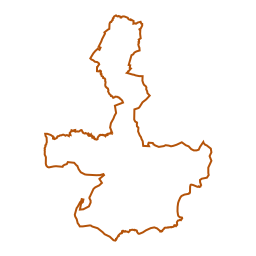 Maru, Zamfara, Nigeria (orthographic projection)
{"feature_id": "59680162B25309364748934", "entity_name": "Maru", "entity_type": "district", "adm_level": 2, "iso_a3": "NGA", "parent_name": "Nigeria", "parent_adm1": "Zamfara", "projection": "orthographic", "projection_center": [6.251, 11.686], "detail": "fine", "context": "isolated", "style": "outline", "palette": "amber", "viewbox_px": 256, "rotation_deg": 0, "n_neighbors": 0, "source": "geoboundaries", "source_scale": "gbopen_adm2", "svg_char_len": 5780}
<svg xmlns="http://www.w3.org/2000/svg" viewBox="0 0 256 256"><path d="M116.0,15.4L114.1,16.5L113.5,17.6L113.5,18.1L113.0,18.3L113.1,18.6L112.6,19.3L112.7,19.9L112.3,20.0L112.1,20.6L111.2,21.7L111.4,21.7L111.3,21.9L110.8,21.8L110.0,22.5L109.5,24.0L109.3,28.9L107.8,29.7L104.4,32.4L105.0,33.6L102.1,39.1L101.3,41.4L98.6,46.8L100.5,47.6L99.5,49.8L97.7,48.8L95.2,51.1L93.3,53.4L90.3,58.4L91.4,59.5L93.3,60.3L94.8,61.7L97.3,62.1L98.9,63.4L99.2,64.5L98.2,65.5L97.8,66.4L97.4,67.0L97.1,67.0L97.0,67.6L97.0,71.2L98.7,71.4L100.0,70.5L100.8,71.0L101.0,71.6L100.6,72.4L101.4,73.8L100.8,74.1L101.4,74.9L101.6,76.0L103.0,76.7L103.2,78.1L104.5,78.3L105.2,79.2L105.2,81.3L105.6,82.0L105.2,85.0L105.5,86.4L105.7,86.8L106.3,87.1L106.6,87.7L107.9,88.5L108.4,90.3L108.1,91.4L109.5,94.2L110.6,94.9L110.9,96.0L112.3,96.3L113.2,97.8L114.7,97.2L115.3,96.6L117.8,96.9L118.4,97.6L119.4,97.7L120.1,98.8L121.1,99.4L122.2,100.6L123.0,102.6L114.9,105.7L116.1,113.0L114.5,115.8L113.5,118.5L110.9,123.2L110.1,127.5L112.1,132.7L111.5,132.8L111.6,133.5L110.9,133.2L110.6,132.7L109.9,133.7L108.1,133.7L107.7,134.4L107.6,135.1L107.1,135.2L106.7,134.4L106.5,134.5L105.8,135.0L105.4,136.1L104.6,135.3L104.2,135.5L103.7,135.0L102.8,135.1L102.6,134.8L101.1,135.0L100.2,134.8L99.5,135.2L99.5,135.7L98.4,136.4L97.6,138.0L97.6,139.1L96.7,139.6L94.9,139.2L95.0,138.8L94.1,138.5L93.9,138.2L93.8,137.7L94.1,137.4L93.9,137.0L93.5,137.2L93.6,136.9L93.2,136.6L92.8,136.7L92.8,137.1L92.3,137.2L92.4,136.8L91.8,136.2L91.5,135.9L91.7,135.6L91.2,135.5L91.2,135.1L90.8,134.9L90.8,134.7L90.6,134.9L90.4,134.5L90.1,134.6L89.9,134.9L90.3,135.4L90.1,135.9L88.7,135.8L88.3,135.4L88.6,134.9L88.4,134.7L88.6,134.6L88.7,133.8L88.3,133.4L87.5,133.9L85.6,133.1L85.4,133.4L84.4,133.5L83.3,132.9L83.1,132.5L82.8,132.5L81.6,130.1L80.7,130.2L79.3,131.3L78.1,131.6L77.0,131.3L75.8,131.6L74.9,131.0L75.1,130.0L74.4,130.1L74.4,131.1L73.6,130.6L72.9,131.1L72.3,130.5L71.5,130.2L71.2,131.3L69.7,133.1L70.3,134.2L70.5,135.0L69.5,134.7L68.8,135.6L68.8,136.0L67.1,135.1L66.3,135.1L65.5,135.7L63.6,134.7L62.4,134.8L61.5,135.3L60.1,135.3L59.7,135.7L58.4,136.3L57.9,136.2L57.3,136.6L56.9,137.9L54.6,139.1L53.0,138.6L53.0,138.2L53.8,137.5L53.7,137.2L53.3,137.1L53.0,136.9L52.9,136.3L52.3,136.1L50.8,135.0L47.3,133.8L45.2,133.8L45.6,136.0L46.6,137.5L46.8,142.2L46.3,143.5L46.2,144.6L45.3,145.3L45.5,146.6L44.8,147.6L44.9,148.0L44.6,148.6L44.9,149.5L44.6,150.3L44.8,151.2L44.7,154.5L45.9,157.2L45.8,163.7L46.3,165.6L47.6,167.0L48.9,167.4L53.8,166.4L56.0,166.2L62.6,166.8L63.1,165.7L64.5,164.8L66.8,164.1L67.8,162.1L74.2,162.8L76.7,165.6L77.3,165.8L78.7,169.3L80.8,172.3L84.9,174.4L86.8,174.7L96.3,175.2L99.9,175.1L103.4,174.1L104.0,175.1L99.4,178.9L101.9,182.9L99.2,185.4L95.3,187.3L93.5,188.9L89.9,196.7L89.5,197.2L89.4,198.2L90.6,200.6L90.6,202.6L88.9,206.4L83.3,209.3L79.9,209.6L81.1,203.5L82.8,202.2L83.4,199.5L81.7,199.1L81.2,201.0L80.1,202.2L77.7,206.7L76.6,208.2L74.8,214.7L75.2,216.5L76.7,219.2L77.7,223.2L78.8,224.6L79.8,226.4L82.8,226.4L89.9,225.4L91.0,225.6L92.2,226.5L97.6,228.2L102.7,232.2L104.6,234.2L109.8,236.7L113.5,240.2L115.3,240.6L115.9,240.1L116.0,238.9L116.6,238.8L116.7,238.2L117.5,237.2L118.0,236.1L118.8,235.9L118.7,235.1L120.6,233.3L121.7,233.3L122.0,233.1L122.3,232.2L122.8,231.9L122.6,231.4L122.0,231.6L122.0,231.2L123.0,230.7L123.9,231.1L124.5,231.7L124.9,231.7L125.4,231.2L125.8,231.5L126.8,231.5L128.5,232.2L129.6,231.1L130.0,230.1L130.6,230.2L131.2,229.9L132.6,229.7L133.2,230.0L134.5,229.8L135.0,230.4L135.6,230.1L136.8,230.6L137.2,232.2L137.9,233.0L138.1,233.4L138.8,233.8L139.6,233.7L142.8,232.4L146.0,230.3L150.8,228.1L154.3,227.4L157.1,228.4L160.2,231.1L160.2,231.5L161.0,231.6L161.2,231.0L162.1,231.2L162.3,231.0L162.6,230.1L164.3,228.5L164.5,227.9L165.0,227.7L168.0,227.6L168.2,227.3L168.7,227.4L171.1,227.0L171.3,227.3L171.6,227.2L173.2,226.8L173.8,226.2L174.0,226.4L174.3,226.2L174.3,225.3L175.0,225.1L176.0,226.1L177.2,224.8L176.9,222.2L177.9,220.6L179.2,220.3L179.9,219.8L180.9,220.2L182.2,218.3L182.0,217.6L179.6,217.1L178.4,216.0L178.0,214.9L177.5,211.3L177.6,206.9L178.1,203.1L178.7,201.2L180.3,197.6L181.5,196.0L184.4,194.6L188.7,193.8L189.0,193.2L189.6,193.2L190.0,192.4L190.1,186.8L190.5,185.0L191.1,184.6L193.1,185.0L197.4,186.8L198.0,186.8L198.5,186.4L198.9,186.8L199.5,187.0L200.5,186.5L200.6,185.6L201.1,185.1L200.1,182.2L200.0,180.0L201.8,178.7L206.9,177.7L208.7,175.0L208.3,173.1L208.3,167.6L211.4,160.8L209.6,156.1L211.4,152.3L210.8,148.6L206.6,145.3L205.2,144.8L203.6,143.0L203.3,142.0L200.0,146.9L198.7,149.7L196.6,150.4L193.8,150.4L191.2,149.1L188.6,146.3L185.9,145.3L181.8,142.3L176.5,144.8L173.1,145.9L171.0,146.3L168.7,145.6L165.6,145.2L163.8,146.1L158.8,146.9L155.0,145.4L154.2,144.6L153.5,144.5L152.8,143.0L148.7,142.7L148.1,144.3L149.0,146.2L143.2,145.9L142.7,141.2L141.6,139.2L140.9,137.0L139.8,135.5L138.1,131.4L138.4,127.8L138.2,127.4L137.0,126.4L136.8,124.0L137.1,122.9L136.9,122.4L135.4,121.7L135.0,121.2L134.2,119.5L134.4,109.4L138.6,108.0L139.5,107.1L142.5,102.3L146.2,99.4L149.7,95.6L147.4,93.1L147.2,91.4L146.2,89.2L146.4,87.4L145.8,86.3L144.0,84.8L143.3,83.5L142.4,80.7L142.6,76.2L139.1,76.1L135.6,75.4L133.8,74.7L132.8,74.6L126.9,72.9L127.8,72.1L128.0,71.4L128.5,71.3L130.9,68.5L129.7,67.9L130.2,65.3L128.7,65.0L131.5,55.2L133.3,54.3L133.6,53.6L134.5,52.5L136.5,51.4L139.6,50.5L139.4,47.7L138.8,46.5L138.3,44.5L138.3,44.1L138.6,43.8L138.9,43.1L138.5,42.1L139.1,41.8L139.0,40.3L138.7,39.6L140.7,38.3L140.1,33.8L140.3,30.0L139.7,29.9L139.4,29.3L140.8,28.4L142.2,25.6L142.2,23.9L141.3,23.6L140.6,21.8L137.6,22.6L136.1,23.7L135.7,23.7L135.1,23.3L133.4,23.7L133.6,21.0L130.9,19.5L130.7,20.1L128.9,19.4L128.2,18.8L127.8,17.8L124.5,16.5L123.0,16.4L121.8,16.8L121.4,17.5L120.5,17.5L120.1,16.5L118.6,16.0L117.9,16.5L117.0,16.2L116.0,15.4Z" fill="none" stroke="#b45309" stroke-width="2"/></svg>